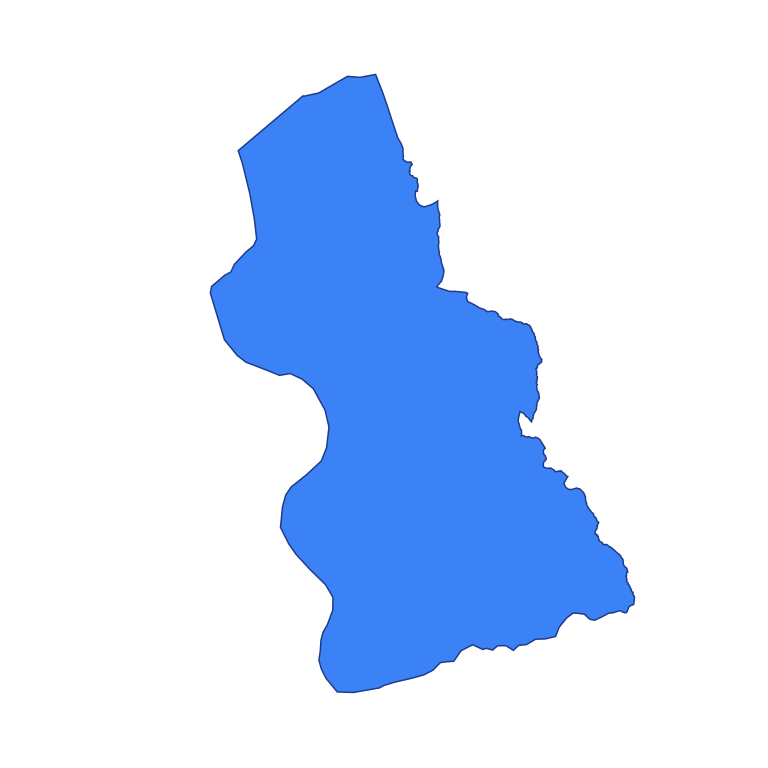 outline of Kwahu Afram Plains North, Eastern, Ghana, rotated 159°
{"feature_id": "2480657B6837938265733", "entity_name": "Kwahu Afram Plains North", "entity_type": "district", "adm_level": 2, "iso_a3": "GHA", "parent_name": "Ghana", "parent_adm1": "Eastern", "projection": "natural_earth1", "projection_center": [-0.105, 6.867], "detail": "fine", "context": "isolated", "style": "filled", "palette": "blue", "viewbox_px": 768, "rotation_deg": 159, "n_neighbors": 0, "source": "geoboundaries", "source_scale": "gbopen_adm2", "svg_char_len": 6132}
<svg xmlns="http://www.w3.org/2000/svg" viewBox="0 0 768 768"><g transform="rotate(159 384 384)"><path d="M436.5,654.1L437.1,640.9L441.1,609.4L446.0,584.1L451.0,564.8L456.4,559.8L465.8,556.6L480.8,549.3L486.8,543.5L493.8,542.6L509.9,536.9L513.5,531.2L517.1,482.4L510.8,463.2L504.9,453.7L487.5,438.0L478.4,429.5L467.8,427.4L458.7,417.9L451.7,405.0L448.4,380.6L450.8,363.5L460.5,345.0L470.1,334.6L488.5,327.2L507.4,321.2L515.4,315.7L522.8,305.6L532.0,287.3L530.2,268.9L527.2,256.7L519.6,237.5L510.4,217.4L508.1,203.0L512.9,191.2L523.2,179.5L529.6,174.3L534.6,167.5L539.2,157.5L543.8,149.4L544.6,140.3L543.6,130.0L538.0,113.3L523.2,107.0L496.9,101.9L492.1,102.6L481.6,101.9L461.0,99.1L451.0,98.2L440.8,99.3L431.3,103.7L425.1,102.3L418.3,100.1L407.6,107.4L394.5,108.8L387.0,100.8L383.3,100.6L377.9,96.7L371.8,98.9L363.9,96.0L358.7,89.0L352.0,91.7L344.3,89.7L333.9,91.4L325.0,88.3L314.3,86.8L307.5,94.3L297.3,100.1L290.0,102.3L289.4,102.3L285.0,100.4L279.4,97.2L276.2,90.7L272.1,88.0L264.2,88.5L256.3,89.5L253.2,88.6L250.3,88.2L245.6,88.0L244.7,87.8L243.3,86.0L241.4,84.3L239.8,83.7L238.5,84.5L236.6,86.6L235.4,88.2L232.9,88.8L231.8,88.6L229.8,88.8L228.8,90.9L228.1,91.9L227.5,93.4L226.5,95.1L226.7,97.5L227.0,98.1L226.7,99.4L226.5,99.6L226.1,100.2L226.4,100.7L227.2,101.3L227.2,102.2L226.7,103.0L226.9,103.3L226.8,104.1L227.1,104.8L227.0,106.2L227.3,106.6L227.1,107.6L227.3,108.1L227.3,108.9L227.8,109.2L227.9,109.4L227.4,111.0L228.0,112.0L228.2,112.9L228.0,113.5L227.4,114.0L227.4,115.2L226.9,116.4L227.1,117.4L226.2,118.2L226.3,118.9L225.3,120.2L225.0,120.8L224.4,121.3L223.7,121.2L223.9,122.3L223.4,123.3L223.6,125.4L225.0,127.8L225.0,130.5L224.3,132.5L223.8,134.7L224.4,136.4L224.7,138.8L225.5,140.7L227.1,143.2L228.3,145.9L230.5,150.0L232.0,151.6L233.4,154.1L233.7,154.4L236.5,155.3L236.6,155.6L237.0,156.3L236.9,156.9L237.3,157.4L237.3,157.9L238.3,159.2L238.7,159.4L239.1,160.2L239.2,160.6L239.0,161.0L239.2,163.3L238.9,163.7L239.0,164.6L238.7,164.9L239.0,165.4L238.8,166.3L239.4,166.3L239.8,167.4L240.1,167.7L240.0,168.0L240.3,168.0L240.6,168.4L240.3,168.9L240.3,169.8L240.1,170.1L239.5,170.6L238.7,171.8L237.2,172.4L237.1,172.5L237.3,172.7L237.1,172.8L237.1,173.2L236.2,174.1L236.2,174.5L236.0,174.8L235.7,174.8L235.7,175.6L233.4,177.4L233.2,178.0L234.5,180.3L234.0,181.3L234.1,182.7L234.6,184.1L235.3,185.0L235.2,185.6L235.3,186.6L234.9,187.1L235.5,188.2L235.4,188.8L236.1,189.7L236.4,190.7L236.5,191.3L237.5,194.5L237.6,195.8L238.2,197.7L237.6,199.7L237.6,201.6L237.4,202.7L237.5,203.8L236.4,206.0L236.5,208.4L236.3,208.8L236.5,209.5L236.5,210.7L238.6,215.7L240.8,217.1L241.1,217.6L241.6,217.9L246.7,218.2L249.6,219.7L251.3,222.4L251.7,226.4L251.3,227.1L245.5,231.8L246.5,232.5L247.9,236.0L249.0,237.6L249.6,239.3L250.0,239.6L251.6,239.5L251.9,239.8L251.9,240.2L254.1,240.2L255.8,241.0L255.8,242.4L256.4,242.9L257.8,245.0L259.0,246.1L259.8,246.0L262.9,247.4L264.2,248.7L264.9,250.2L264.3,250.9L263.6,253.0L263.2,253.5L261.8,254.4L259.9,255.2L259.3,256.0L259.1,259.2L259.9,260.7L259.8,262.5L258.9,265.2L256.5,266.3L258.5,276.7L259.5,277.7L259.7,278.4L261.8,280.2L262.3,279.9L264.1,280.0L268.0,283.0L270.5,283.7L272.7,286.2L274.4,286.2L273.3,288.6L272.2,291.6L272.8,294.4L272.4,296.1L272.4,297.6L272.1,298.4L272.2,300.8L271.7,302.1L270.6,304.1L266.9,309.5L264.1,306.7L262.8,302.4L261.7,301.4L261.2,300.3L260.8,298.3L259.8,295.9L259.1,297.2L257.4,298.2L256.6,299.9L255.1,302.1L254.2,303.1L253.1,303.7L250.6,305.9L250.2,307.4L249.3,308.4L249.0,309.3L248.7,310.5L247.3,312.2L244.1,315.0L243.5,317.0L243.6,317.6L243.0,318.9L243.2,319.7L242.8,320.5L243.3,323.3L243.2,324.2L242.7,325.2L242.5,326.8L242.1,327.6L241.1,328.6L241.4,329.0L241.4,329.9L240.6,331.3L241.0,331.4L239.3,333.2L238.9,334.6L238.6,334.9L238.2,335.9L238.6,336.9L238.3,338.0L237.3,339.5L237.2,340.8L236.8,341.4L237.0,343.0L236.1,344.2L235.5,344.0L235.1,344.9L234.6,344.9L234.3,346.2L233.0,346.9L232.8,347.3L232.1,347.3L231.9,347.0L230.2,347.9L229.4,347.7L229.3,348.3L228.9,348.3L228.6,349.2L227.8,350.3L228.8,352.8L228.7,354.0L229.0,354.6L228.8,355.2L228.9,357.0L228.4,357.7L228.7,358.8L228.5,359.5L227.9,359.7L227.4,361.0L227.9,361.6L227.6,362.1L227.6,362.6L226.8,363.3L226.7,365.1L227.0,366.6L226.5,367.5L226.3,368.3L226.4,369.1L226.9,370.8L226.3,372.2L226.3,372.7L225.9,373.8L226.3,375.7L225.8,376.7L226.1,378.6L226.9,380.2L226.4,381.1L226.5,382.9L226.8,383.8L226.6,384.8L226.9,385.3L227.2,386.8L228.7,387.6L228.8,387.8L228.7,388.3L229.4,389.2L230.6,389.6L231.4,389.5L232.5,390.4L232.8,391.2L233.2,390.9L233.5,391.6L233.7,391.8L234.0,392.8L235.6,393.3L236.2,393.8L237.1,393.8L238.1,395.1L238.9,395.4L239.6,396.6L240.2,397.0L240.4,397.6L241.6,398.9L242.9,399.5L243.7,399.4L244.4,399.8L245.9,400.0L246.4,400.3L246.8,400.9L247.6,400.8L250.0,401.6L250.8,403.2L251.1,404.2L251.9,405.5L252.6,406.0L253.0,406.6L252.9,407.0L252.5,407.3L252.6,408.1L252.4,408.5L254.2,411.7L257.9,413.7L261.4,414.3L263.9,417.8L267.6,420.8L270.6,424.8L276.3,431.1L276.1,435.3L273.4,438.7L274.8,440.2L284.0,444.8L289.9,447.1L298.1,453.9L300.0,456.0L293.5,459.4L289.8,464.0L287.3,468.5L286.9,476.3L285.8,481.9L285.9,483.9L286.3,485.2L285.0,487.3L284.8,489.6L283.8,493.3L282.6,495.4L281.5,498.2L281.3,499.4L280.2,501.8L280.8,504.1L280.4,505.6L279.6,506.7L278.5,507.6L278.2,508.5L277.0,509.8L276.2,510.2L275.2,511.4L274.8,512.3L274.2,514.6L273.5,516.9L273.2,517.4L273.1,518.8L272.5,520.4L271.5,521.5L271.3,522.0L270.8,528.9L270.3,530.2L270.3,530.9L269.7,531.8L269.7,532.5L268.2,535.6L272.1,534.8L275.9,534.5L282.6,534.9L284.5,536.0L286.7,538.5L288.2,542.8L287.4,548.8L285.3,552.9L283.8,552.0L282.5,554.6L281.4,555.9L280.7,558.3L280.8,560.1L279.6,562.8L279.5,563.8L280.0,564.6L282.0,565.9L282.3,566.4L282.4,567.8L283.2,568.4L283.7,568.5L284.4,569.4L284.6,571.5L284.4,572.5L284.1,573.0L283.5,573.0L283.3,573.5L283.5,574.3L283.5,574.7L282.7,575.4L282.1,577.0L280.7,577.8L279.8,578.9L279.1,578.8L279.3,581.6L282.5,582.6L283.9,583.9L285.4,586.2L285.6,587.8L284.4,589.3L283.6,592.3L281.8,597.5L281.9,602.9L282.9,608.3L282.5,618.6L281.3,642.1L280.8,654.9L280.9,676.0L296.6,678.9L307.8,684.3L340.8,679.1L357.1,681.6L357.0,681.8L436.5,654.1Z" fill="#3b82f6" stroke="#1e3a8a" stroke-width="1.5"/></g></svg>